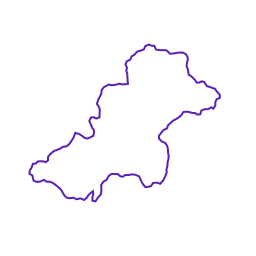 Santo Antônio do Aventureiro, Minas Gerais, Brazil (Natural Earth projection), rotated 210°
{"feature_id": "56859067B95763753347810", "entity_name": "Santo Antônio do Aventureiro", "entity_type": "district", "adm_level": 2, "iso_a3": "BRA", "parent_name": "Brazil", "parent_adm1": "Minas Gerais", "projection": "natural_earth1", "projection_center": [-42.811, -21.75], "detail": "fine", "context": "isolated", "style": "outline", "palette": "violet", "viewbox_px": 256, "rotation_deg": 210, "n_neighbors": 0, "source": "geoboundaries", "source_scale": "gbopen_adm2", "svg_char_len": 2374}
<svg xmlns="http://www.w3.org/2000/svg" viewBox="0 0 256 256"><g transform="rotate(210 128 128)"><path d="M192.5,49.4L191.7,45.8L191.8,42.2L190.5,39.1L187.0,39.1L185.3,37.1L183.4,35.2L179.9,35.7L176.9,38.1L174.9,41.1L171.6,40.8L168.5,42.6L165.4,42.8L161.4,42.4L158.0,41.8L155.4,41.2L152.6,39.6L149.7,37.9L146.5,37.0L143.7,37.8L140.5,40.3L136.9,40.6L133.9,43.3L130.1,43.7L128.9,47.0L128.6,50.9L126.7,55.7L125.0,53.4L124.1,50.1L122.4,47.2L119.5,48.2L119.2,53.1L118.3,56.9L120.0,61.0L122.8,65.4L122.4,69.3L120.7,72.3L120.7,77.1L119.1,80.2L116.2,81.6L113.7,83.0L110.6,82.3L108.1,83.2L106.8,86.0L104.2,87.4L101.1,90.0L98.0,91.3L94.1,91.6L90.9,89.4L88.4,87.6L85.9,86.4L83.5,85.5L81.0,87.2L79.0,89.3L78.8,92.9L75.7,95.1L72.2,95.8L71.3,100.2L71.6,104.9L72.3,109.0L73.9,111.1L74.8,114.6L76.7,118.4L77.6,121.8L78.8,124.1L80.9,126.6L83.0,129.8L85.0,132.0L88.3,133.7L92.4,133.2L95.9,134.4L97.3,136.7L96.9,140.1L96.1,144.3L94.1,146.9L94.7,150.3L93.5,154.3L92.5,157.2L90.9,159.6L89.3,162.6L88.2,165.9L88.0,169.5L85.6,171.4L82.5,172.5L79.8,173.2L77.5,174.5L74.8,174.2L72.3,176.0L73.2,179.9L71.1,182.5L68.2,184.3L66.2,187.5L63.7,187.5L63.7,191.3L65.3,193.9L65.6,197.1L63.5,200.1L65.3,202.8L69.2,203.9L72.4,205.5L75.1,204.8L77.6,204.5L80.3,203.7L82.8,204.8L85.1,206.0L87.6,205.2L89.0,202.9L91.4,201.6L94.1,203.2L96.6,203.8L99.2,204.5L102.1,204.5L104.0,206.8L105.5,208.8L108.0,210.6L109.6,214.0L110.2,216.8L112.0,219.3L114.5,220.8L118.1,220.8L121.9,218.6L124.4,216.6L126.7,214.6L128.9,213.3L131.5,214.1L133.8,214.4L136.1,213.3L138.9,211.5L142.9,209.9L146.3,212.3L148.7,211.1L151.7,210.6L153.9,207.7L153.6,203.9L156.2,200.9L158.4,198.5L159.1,194.6L160.7,191.8L160.2,188.4L162.4,185.0L162.0,181.8L159.1,179.8L157.9,176.4L155.9,174.8L153.9,171.7L151.9,168.6L150.1,166.3L152.2,164.5L154.9,162.9L157.9,161.9L160.1,159.4L163.4,157.0L166.5,155.9L167.8,153.5L169.3,151.4L169.8,147.8L168.4,144.8L168.1,141.7L167.9,137.6L167.0,133.3L164.4,132.2L161.7,130.0L160.1,126.8L158.0,122.9L160.3,120.3L163.0,120.2L165.3,118.6L165.0,114.7L161.6,112.2L159.0,110.3L156.3,109.0L155.0,106.8L154.2,103.8L155.9,101.2L157.9,98.5L160.6,97.7L163.5,98.2L167.2,98.4L171.2,97.4L170.4,92.8L170.5,88.1L170.9,84.3L172.2,81.2L174.9,79.3L176.6,75.8L178.2,73.9L180.6,71.1L182.1,67.0L182.9,63.2L181.1,60.0L182.2,57.3L184.8,56.7L186.9,55.6L189.4,53.9L190.1,51.1L192.5,49.4Z" fill="none" stroke="#5b21b6" stroke-width="2"/></g></svg>